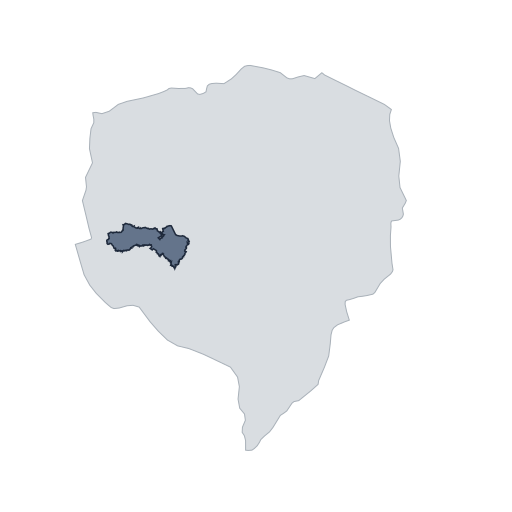 location of Makonde, Mashonaland West, Zimbabwe, rotated 254°
{"feature_id": "62879985B9452203972303", "entity_name": "Makonde", "entity_type": "district", "adm_level": 2, "iso_a3": "ZWE", "parent_name": "Zimbabwe", "parent_adm1": "Mashonaland West", "projection": "mercator", "projection_center": [29.982, -17.062], "detail": "fine", "context": "in_parent", "style": "filled", "palette": "slate", "viewbox_px": 512, "rotation_deg": 254, "n_neighbors": 0, "source": "geoboundaries", "source_scale": "gbopen_adm2", "svg_char_len": 8080}
<svg xmlns="http://www.w3.org/2000/svg" viewBox="0 0 512 512"><g transform="rotate(254 256 256)"><path d="M359.5,426.5L355.2,423.6L349.3,421.6L341.8,420.8L332.1,421.1L320.1,422.7L307.2,420.8L293.5,415.3L282.1,413.3L268.5,415.7L267.9,415.8L265.5,413.9L261.8,409.9L255.6,409.2L253.9,408.2L252.5,406.7L251.6,404.8L251.3,402.7L252.3,396.1L251.7,395.4L250.1,394.6L246.7,393.8L238.5,390.8L228.2,387.9L211.5,384.7L205.0,383.9L203.5,382.9L201.6,380.5L198.4,372.9L195.4,367.9L188.2,360.2L187.1,357.9L187.4,351.8L188.0,346.8L188.7,342.7L188.4,338.8L188.3,333.9L188.5,330.7L187.6,329.2L184.9,328.3L177.5,327.8L168.6,328.0L168.3,323.1L167.4,315.5L165.7,311.1L163.7,308.8L159.6,306.4L151.2,303.2L139.8,298.3L130.1,291.0L119.0,281.9L115.5,280.3L111.4,271.8L105.2,257.2L105.6,252.4L104.6,250.0L98.6,242.9L97.2,239.2L96.1,235.5L86.5,225.0L83.2,220.5L80.7,214.7L78.2,210.0L76.1,208.1L73.3,204.9L71.4,201.3L70.5,198.6L71.2,195.0L72.2,192.5L81.4,195.1L86.4,195.3L90.3,194.1L95.2,195.8L101.0,200.5L107.3,201.4L114.2,198.4L123.4,199.3L135.0,204.0L144.7,204.9L156.2,200.8L166.4,189.3L176.0,178.4L185.5,166.0L191.2,155.9L199.6,147.7L210.6,141.4L221.9,136.1L239.1,129.6L242.5,124.2L243.7,118.4L243.7,110.2L244.6,105.0L246.4,102.6L249.2,100.7L252.9,98.3L264.2,92.1L273.7,88.2L285.3,85.6L297.9,85.5L310.1,85.5L317.0,85.5L317.1,93.3L317.7,102.1L319.0,103.0L328.2,103.1L342.9,103.8L357.1,104.4L366.1,110.7L369.2,112.1L378.6,113.8L390.6,124.5L405.1,125.5L415.0,128.8L423.8,132.5L428.8,136.8L432.1,137.8L436.5,138.2L438.7,138.6L438.2,141.7L435.3,147.1L435.6,154.8L439.7,165.4L440.2,174.7L439.0,191.1L439.0,207.0L439.5,212.7L440.1,216.5L441.0,218.5L440.8,220.9L438.4,227.6L436.5,234.6L436.4,237.5L435.6,239.5L434.2,241.2L427.9,244.5L426.8,246.5L426.8,250.1L427.6,253.2L430.0,254.4L432.9,256.1L434.0,258.4L434.0,260.8L433.1,265.3L430.5,272.7L433.1,281.3L435.9,286.9L439.8,293.3L441.5,297.3L441.4,300.1L440.8,302.9L434.9,314.7L430.7,322.0L425.5,329.9L418.7,334.8L417.0,337.2L416.3,339.9L416.5,345.8L416.2,352.0L410.3,361.5L414.0,369.8L413.1,370.5L411.2,371.7L402.8,380.9L394.3,390.3L388.0,397.1L381.0,404.9L373.1,413.7L366.3,421.2L359.5,426.5Z" fill="#d9dde1" stroke="#a8b0b8" stroke-width="1"/><path d="M309.3,168.4L309.6,168.1L309.5,167.5L309.9,167.0L310.3,166.7L310.6,166.8L310.9,166.7L310.8,166.2L310.4,166.0L310.3,165.8L310.3,165.5L310.5,165.5L310.7,165.3L310.3,164.0L310.9,163.1L310.9,162.7L311.2,162.1L311.2,160.8L312.2,160.3L312.3,159.2L312.9,158.9L312.9,158.4L313.2,158.1L313.9,157.7L313.9,157.4L314.1,156.9L313.9,156.4L314.2,155.9L314.3,154.8L314.0,153.3L314.3,152.9L314.6,152.8L314.3,152.5L314.3,152.0L314.5,151.7L315.2,151.1L316.1,151.1L316.0,150.5L315.5,150.4L315.8,149.8L315.4,149.6L315.4,149.3L315.9,148.8L316.1,148.2L316.5,147.8L317.0,147.6L317.4,146.9L318.1,146.8L318.4,147.0L318.3,146.3L318.4,146.0L318.4,145.3L318.6,145.1L319.1,145.3L320.2,145.1L320.3,144.2L320.7,143.9L321.0,143.9L321.3,143.5L321.5,142.9L321.3,142.5L322.3,141.3L322.5,140.8L323.0,140.1L322.9,139.7L323.3,139.4L323.2,139.2L322.9,139.1L322.9,138.7L322.5,137.7L322.7,137.0L322.1,137.2L321.9,136.8L320.6,136.6L319.9,136.1L319.5,136.1L319.1,135.8L318.3,135.7L317.9,135.2L317.5,135.4L317.4,135.3L317.0,134.7L317.0,134.1L316.2,133.4L315.9,132.7L316.2,131.7L316.6,131.2L316.3,130.7L316.6,130.3L316.7,129.5L317.0,129.3L317.1,128.8L317.6,128.7L317.4,127.5L317.6,127.0L317.6,126.5L317.9,126.1L318.0,125.5L317.5,124.9L318.1,124.6L318.1,124.3L318.3,124.2L318.8,123.4L319.0,122.7L318.7,122.3L318.5,121.6L318.1,120.8L318.3,120.6L318.1,120.4L318.2,120.0L316.0,119.8L315.3,120.1L314.5,119.8L313.4,119.8L313.2,119.6L313.3,119.3L313.2,119.0L312.5,118.6L312.6,117.6L312.2,116.9L311.3,116.6L310.3,116.9L309.8,116.4L309.3,116.3L308.5,116.5L308.0,116.9L308.0,118.0L308.4,118.5L308.0,118.8L308.2,119.5L308.1,119.9L307.6,120.5L306.0,120.8L305.0,121.5L302.5,121.7L302.0,122.5L302.3,123.0L302.1,123.2L301.3,122.9L300.5,122.4L300.4,122.8L299.6,122.7L299.7,123.2L299.5,124.0L299.4,124.1L298.9,123.9L298.7,124.3L298.8,124.6L299.2,124.8L299.1,125.1L299.3,125.4L299.2,125.5L298.8,125.4L298.5,125.6L298.6,127.0L298.4,127.0L298.1,127.4L298.3,127.5L298.1,127.8L297.8,127.6L297.9,128.2L297.6,128.3L297.5,128.2L297.3,128.4L297.2,129.0L296.9,128.9L297.1,129.2L297.7,129.4L297.4,130.2L297.8,130.3L297.9,130.6L297.3,130.8L297.2,131.1L297.2,131.7L297.4,132.2L296.9,132.6L297.2,133.0L296.8,133.3L297.2,133.9L297.2,134.3L297.0,134.6L296.6,135.4L297.0,135.8L297.0,136.2L296.9,136.3L297.5,136.9L297.4,137.2L297.9,137.8L297.9,138.2L298.3,137.8L298.5,137.9L298.4,138.3L298.8,139.3L298.8,139.9L298.6,140.1L299.1,140.4L299.2,141.1L299.5,141.1L299.5,141.5L299.6,143.1L299.7,143.5L299.3,143.8L299.4,144.1L299.8,144.3L299.1,144.7L299.1,144.9L299.3,145.2L298.5,145.3L298.7,145.7L298.2,145.7L298.2,146.2L297.8,146.3L298.0,146.5L297.3,146.6L297.8,147.2L297.4,147.5L297.5,147.9L297.3,148.2L297.4,148.4L297.2,148.6L297.1,149.3L297.4,149.6L297.0,150.0L297.7,150.4L297.4,150.9L297.4,151.3L297.2,151.3L297.4,151.5L297.1,151.7L297.2,151.8L297.0,152.1L297.1,152.3L296.9,152.4L297.0,152.9L296.7,153.2L296.8,153.6L296.6,153.8L296.7,154.0L296.4,154.6L296.1,154.7L296.3,155.4L295.9,155.9L296.3,156.5L295.9,156.5L295.9,157.1L296.0,157.4L295.9,157.6L295.7,157.4L295.5,157.5L295.5,158.3L295.1,158.1L294.7,158.3L294.3,158.2L294.0,158.4L293.7,158.2L293.4,158.1L292.7,157.0L292.5,156.3L290.4,157.9L291.3,159.3L288.6,161.8L287.2,161.2L287.1,161.6L286.6,161.8L286.2,161.7L285.7,162.0L285.4,161.9L285.0,162.7L284.8,162.8L284.6,162.6L284.3,162.7L284.0,162.9L283.9,162.7L283.5,162.8L283.0,163.2L282.7,163.0L282.4,163.6L282.2,163.4L282.0,163.5L282.6,163.9L282.6,164.1L282.8,164.1L283.0,164.6L283.3,164.7L283.1,164.9L283.4,165.0L283.2,165.3L283.5,166.1L283.9,166.2L284.0,166.5L284.3,166.6L284.3,166.8L283.9,166.8L284.0,167.0L283.8,167.0L283.6,167.0L283.5,167.4L283.1,167.1L282.0,167.6L280.7,167.7L280.2,168.3L279.7,168.4L279.8,168.5L279.5,168.7L279.5,168.8L279.2,169.0L278.9,169.4L278.4,169.0L278.0,169.8L277.5,170.1L277.5,170.5L276.8,170.6L276.5,171.0L276.1,170.6L275.9,170.6L275.6,170.9L275.7,171.0L275.5,171.3L275.4,171.1L275.3,171.3L275.1,171.3L275.1,171.5L274.9,171.3L274.7,171.5L274.8,171.6L274.6,171.6L274.5,172.1L274.3,171.9L274.5,172.3L273.9,172.1L273.9,172.3L273.5,172.3L273.4,172.4L273.5,172.7L273.1,172.4L273.1,172.7L272.6,172.5L272.5,172.3L271.9,172.3L270.6,171.4L270.5,171.8L270.6,172.0L270.4,172.1L270.5,172.5L270.0,172.7L269.5,172.4L269.3,172.5L269.5,173.0L269.1,173.1L268.9,173.5L268.9,173.9L268.8,174.3L268.3,174.1L267.8,174.1L267.6,173.9L267.2,174.0L267.1,174.5L266.3,174.5L266.7,174.8L267.3,175.2L267.6,175.8L268.1,176.1L269.0,176.5L269.9,176.2L269.8,176.9L269.1,178.0L269.7,179.1L269.6,179.3L269.9,179.5L270.2,179.4L270.5,179.7L270.8,179.5L271.0,179.8L271.0,180.1L271.3,180.2L272.1,179.9L272.3,180.4L272.1,180.5L272.0,180.8L273.0,181.0L273.3,181.2L273.9,182.2L273.6,182.6L273.8,183.1L273.6,183.4L273.7,183.9L274.0,184.2L274.2,184.7L275.1,184.9L275.5,185.3L275.6,185.6L275.3,186.2L276.4,186.6L276.5,187.4L277.1,188.1L277.8,188.1L278.2,188.4L278.6,189.2L279.0,189.4L279.1,189.8L279.4,190.1L279.9,189.5L280.1,188.9L280.4,188.8L280.6,189.1L281.4,189.3L282.5,191.2L283.4,191.5L283.8,191.0L284.6,191.5L284.7,192.0L285.4,192.6L285.7,193.4L285.7,194.2L286.3,194.8L287.0,193.6L287.5,193.8L288.2,193.7L287.9,194.4L288.2,194.9L287.9,195.6L288.1,195.8L289.2,195.6L289.6,195.1L290.0,194.9L290.4,195.5L290.6,195.5L291.6,195.3L292.6,193.8L293.4,193.4L294.9,192.3L295.2,191.6L295.7,191.1L295.6,190.5L296.1,188.4L297.6,185.6L298.7,184.8L298.7,184.6L308.3,182.9L308.7,182.2L308.7,181.7L309.0,181.2L309.0,179.7L308.8,179.2L309.1,178.7L308.9,178.4L308.5,178.0L308.2,176.4L307.7,176.1L307.6,175.5L307.6,175.1L308.0,175.0L307.9,174.6L308.2,174.1L308.1,173.8L305.2,173.7L305.3,173.3L304.8,172.4L304.2,171.8L302.6,172.5L302.1,172.3L301.8,173.4L301.7,173.2L301.4,173.3L301.0,172.8L300.7,172.7L300.5,172.2L300.5,171.9L300.0,171.5L299.9,170.6L299.5,170.3L299.3,170.4L299.2,168.9L298.3,168.1L300.4,167.0L301.5,170.8L302.6,171.4L302.9,170.8L304.2,170.6L304.5,170.2L305.2,171.0L305.8,170.6L305.3,170.0L306.1,169.1L306.6,169.0L307.4,168.1L309.3,168.4Z" fill="#64748b" stroke="#1e293b" stroke-width="1.5"/></g></svg>